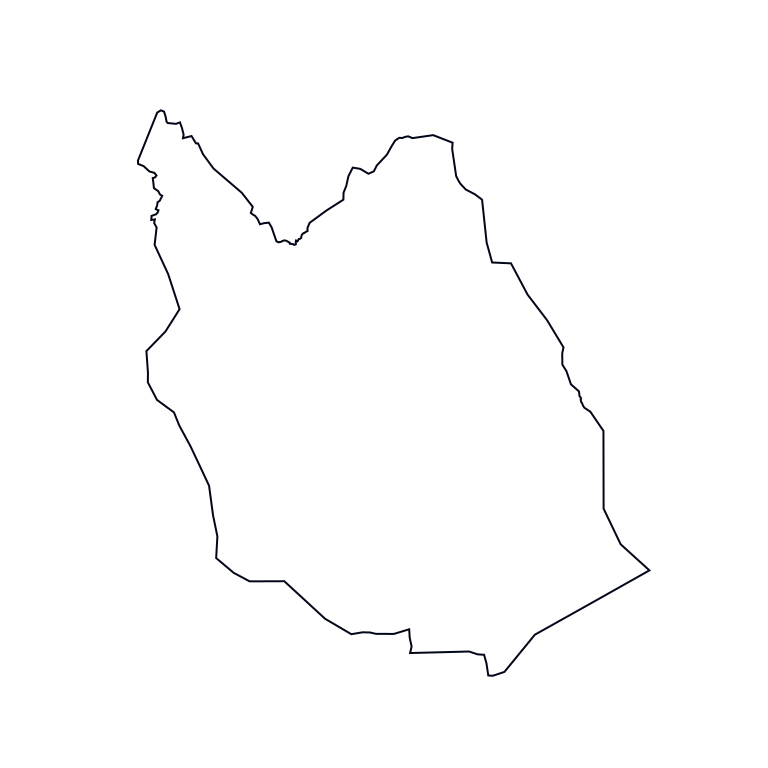 outline of Awka North, Anambra, Nigeria, rotated 171°
{"feature_id": "59680162B18488232241930", "entity_name": "Awka North", "entity_type": "district", "adm_level": 2, "iso_a3": "NGA", "parent_name": "Nigeria", "parent_adm1": "Anambra", "projection": "robinson", "projection_center": [7.078, 6.331], "detail": "fine", "context": "isolated", "style": "outline", "palette": "ink", "viewbox_px": 768, "rotation_deg": 171, "n_neighbors": 0, "source": "geoboundaries", "source_scale": "gbopen_adm2", "svg_char_len": 2394}
<svg xmlns="http://www.w3.org/2000/svg" viewBox="0 0 768 768"><g transform="rotate(171 384 384)"><path d="M613.6,453.6L613.6,452.8L615.4,431.8L617.0,422.6L610.7,403.8L595.9,388.8L592.7,375.0L584.9,352.9L578.5,331.0L572.7,310.9L573.4,281.0L572.4,259.6L577.0,238.3L561.9,220.9L547.6,210.1L513.3,204.8L510.0,200.6L478.9,161.3L455.4,142.0L443.9,142.1L436.8,140.8L431.1,138.5L413.3,135.6L397.5,137.8L398.3,129.4L397.8,120.4L400.3,114.2L354.2,108.1L341.9,106.5L333.7,102.3L327.5,100.9L326.5,91.9L326.6,79.8L322.2,78.8L310.1,80.8L274.2,112.8L218.9,133.2L151.0,158.4L175.3,188.6L186.6,226.5L174.6,303.3L184.5,324.3L189.8,329.2L191.0,332.0L191.3,333.9L191.6,334.6L191.9,334.9L192.2,336.8L192.2,338.0L191.8,338.5L191.7,339.4L192.1,340.0L192.1,340.3L192.8,341.5L192.6,346.2L199.4,354.4L201.8,368.2L204.8,375.2L203.2,386.3L201.0,392.1L212.9,421.4L228.2,449.8L239.7,483.3L258.2,487.1L258.7,491.9L260.5,507.6L258.3,550.7L264.5,557.1L272.9,563.4L277.2,569.8L278.7,573.4L280.2,578.0L279.9,605.5L278.5,611.6L296.5,622.1L317.1,622.4L317.9,622.6L319.1,623.5L321.3,624.8L324.5,624.8L327.4,624.1L330.4,624.8L334.9,622.7L339.1,617.9L345.3,610.0L356.9,601.0L360.8,595.6L366.5,594.1L373.8,600.2L381.0,602.6L386.7,594.7L390.2,585.7L394.0,579.3L395.3,572.4L413.4,564.5L432.3,554.8L435.2,550.0L435.6,547.0L437.4,546.5L439.0,545.6L440.0,545.6L441.7,544.3L442.6,542.7L442.9,541.3L443.9,540.6L445.5,540.5L446.7,538.9L447.1,538.5L447.5,539.0L448.5,539.5L448.8,538.6L448.9,538.0L449.2,535.8L450.9,535.4L451.5,536.1L452.1,536.3L453.9,537.0L455.1,537.3L455.0,538.4L455.4,538.6L458.1,540.8L460.3,541.5L463.9,540.5L466.3,540.5L468.0,542.0L470.5,556.4L472.5,561.4L477.4,561.6L479.4,561.4L481.5,561.2L483.0,566.6L484.8,570.0L486.7,571.6L488.8,573.7L485.9,579.5L494.6,595.2L518.7,623.5L526.8,639.2L530.0,650.7L532.1,651.1L535.3,659.0L544.1,658.2L542.9,661.6L543.5,668.4L544.6,674.3L548.8,673.5L556.8,675.6L557.7,676.9L557.9,682.3L558.6,687.4L561.5,689.2L565.5,687.6L592.1,643.1L592.4,639.8L587.3,636.8L582.7,630.9L582.4,630.6L577.8,628.5L576.1,625.6L577.7,623.9L580.2,623.6L580.3,619.2L580.6,613.4L576.8,609.8L575.7,606.4L573.6,604.5L576.9,600.0L579.2,599.0L580.1,595.9L582.1,592.6L582.1,592.3L579.6,590.9L580.6,588.9L582.6,587.3L587.3,586.4L588.2,582.4L584.6,582.4L585.8,579.0L585.8,578.8L584.1,574.2L588.8,557.3L580.0,526.4L574.2,489.9L580.5,482.7L591.7,470.0L613.6,453.6Z" fill="none" stroke="#020617" stroke-width="2"/></g></svg>